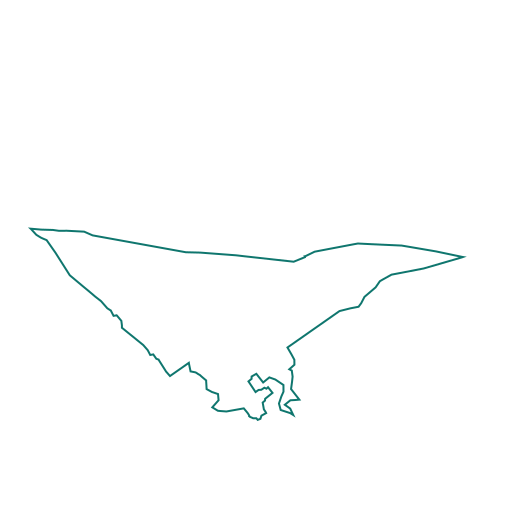 outline of Bayramaly, Mary, Turkmenistan, rotated 325°
{"feature_id": "10190150B73073283057167", "entity_name": "Bayramaly", "entity_type": "district", "adm_level": 2, "iso_a3": "TKM", "parent_name": "Turkmenistan", "parent_adm1": "Mary", "projection": "robinson", "projection_center": [62.199, 38.282], "detail": "fine", "context": "isolated", "style": "outline", "palette": "teal", "viewbox_px": 512, "rotation_deg": 325, "n_neighbors": 0, "source": "geoboundaries", "source_scale": "gbopen_adm2", "svg_char_len": 2230}
<svg xmlns="http://www.w3.org/2000/svg" viewBox="0 0 512 512"><g transform="rotate(325 256 256)"><path d="M158.3,383.8L158.5,383.8L160.4,386.9L160.6,387.3L163.2,389.1L163.4,390.7L163.4,391.2L166.2,391.9L168.9,389.9L174.2,390.5L174.4,389.3L174.4,389.2L174.5,386.1L177.4,379.9L178.5,379.8L180.4,379.6L180.6,379.4L181.6,378.2L191.0,377.6L190.9,375.7L190.6,370.6L190.6,370.4L188.5,370.7L187.7,369.4L187.3,368.7L183.6,368.6L181.3,367.2L177.6,367.2L177.9,354.4L181.9,354.1L183.3,352.2L188.7,352.7L189.3,363.7L197.3,363.1L201.0,368.3L204.5,377.4L200.7,382.9L196.7,385.3L196.2,385.6L190.2,390.0L187.9,396.3L193.9,404.3L195.3,407.6L196.5,400.6L194.3,394.4L201.4,393.9L205.6,396.5L209.1,398.5L208.4,385.1L213.3,379.8L216.8,375.8L219.6,370.4L218.3,367.9L225.1,367.1L227.9,363.0L228.6,357.0L229.3,349.0L240.8,349.0L258.2,349.0L276.4,349.0L292.8,349.0L303.3,353.0L310.9,356.4L315.1,355.0L321.4,351.7L336.0,350.3L343.0,347.7L346.6,348.0L356.3,349.0L363.4,352.2L386.2,362.4L423.8,375.2L424.9,375.5L424.1,374.7L406.0,355.4L388.1,337.7L381.3,331.0L363.5,317.3L363.4,317.2L356.9,312.2L346.6,304.2L342.7,302.4L318.3,291.4L306.5,286.1L295.8,284.4L295.7,284.3L295.4,285.0L283.6,282.3L246.6,249.8L240.2,244.1L212.1,221.1L200.7,212.7L134.0,145.4L129.2,137.5L115.5,126.8L109.1,122.4L104.6,118.2L95.2,111.2L87.1,104.4L87.2,104.9L88.2,112.6L89.6,115.9L90.4,117.7L91.7,119.9L93.6,122.9L93.6,138.3L92.4,165.0L96.7,181.0L99.2,190.1L101.0,197.0L103.2,204.2L103.7,208.9L104.2,213.5L105.6,217.0L105.8,217.3L105.0,223.3L106.6,224.1L107.8,224.6L107.9,225.0L108.5,231.9L106.4,235.9L105.0,237.9L105.1,238.3L105.2,238.5L107.1,245.2L112.6,264.4L112.7,265.5L113.3,271.0L113.2,271.5L113.2,271.8L112.6,276.4L114.1,277.1L115.4,277.7L115.4,283.0L116.8,285.0L116.7,285.3L116.1,298.2L116.0,299.0L116.1,299.5L116.7,305.0L121.6,305.0L139.7,305.0L139.3,305.8L136.2,313.0L139.1,316.0L139.8,316.8L140.3,317.9L140.8,319.3L141.8,321.4L142.2,323.3L143.3,327.5L143.8,329.3L143.7,329.4L141.2,333.5L139.5,336.2L139.2,336.7L142.0,342.3L142.5,342.9L145.7,347.3L142.6,352.7L133.4,354.9L136.0,360.9L136.1,361.0L138.2,362.8L142.6,366.4L158.6,373.8L159.0,378.6L159.1,380.4L159.0,381.8L158.9,383.0L158.4,383.5L157.9,383.9L158.3,383.8Z" fill="none" stroke="#0f766e" stroke-width="2"/></g></svg>